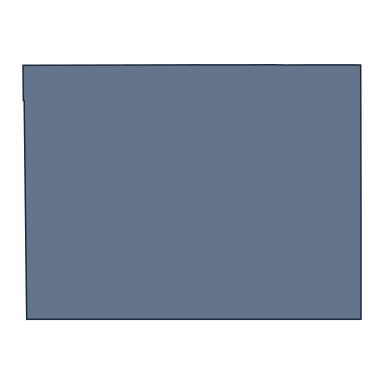 the district of Grant, Oklahoma, United States of America
{"feature_id": "52423323B2994671035197", "entity_name": "Grant", "entity_type": "district", "adm_level": 2, "iso_a3": "USA", "parent_name": "United States of America", "parent_adm1": "Oklahoma", "projection": "robinson", "projection_center": [-97.776, 36.796], "detail": "fine", "context": "isolated", "style": "filled", "palette": "slate", "viewbox_px": 384, "rotation_deg": 0, "n_neighbors": 0, "source": "geoboundaries", "source_scale": "gbopen_adm2", "svg_char_len": 394}
<svg xmlns="http://www.w3.org/2000/svg" viewBox="0 0 384 384"><path d="M23.0,65.3L23.3,100.5L24.2,100.5L26.7,319.3L119.5,319.3L361.0,319.3L361.0,210.2L360.7,65.0L355.3,64.9L327.0,64.9L317.3,64.9L317.0,64.9L307.6,64.9L285.8,65.0L269.9,64.7L262.9,64.8L238.7,64.9L201.5,64.9L193.8,64.8L184.0,64.9L63.6,65.2L60.5,65.2L57.7,65.2L23.0,65.3Z" fill="#64748b" stroke="#1e293b" stroke-width="1.5"/></svg>